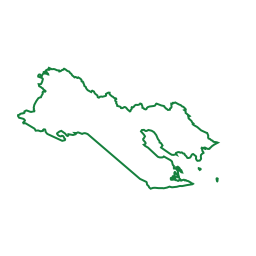 an SVG outline of Leningrad, rotated 207°
{"feature_id": "RUS-2336", "entity_name": "Leningrad", "entity_type": "Region", "adm_level": 1, "iso_a3": "RUS", "parent_name": "Russia", "parent_adm1": "", "projection": "natural_earth1", "projection_center": [31.635, 59.881], "detail": "fine", "context": "isolated", "style": "outline", "palette": "green", "viewbox_px": 256, "rotation_deg": 207, "n_neighbors": 0, "source": "natural_earth", "source_scale": "10m", "svg_char_len": 5848}
<svg xmlns="http://www.w3.org/2000/svg" viewBox="0 0 256 256"><g transform="rotate(207 128 128)"><path d="M49.8,103.7L53.3,100.9L55.6,99.8L57.8,97.8L61.3,95.5L62.3,95.0L64.4,94.6L66.2,92.6L68.8,90.5L70.2,90.0L73.2,88.4L76.8,87.0L78.5,86.0L80.3,84.2L82.2,84.7L83.3,85.6L85.3,86.2L86.7,88.1L87.3,88.3L94.2,88.1L161.3,104.3L163.5,104.0L164.5,103.6L165.5,102.8L166.2,101.9L170.2,101.5L170.8,101.2L171.5,100.2L173.2,99.4L171.8,99.0L171.8,98.7L173.8,96.8L178.3,95.4L177.8,94.2L178.1,93.5L179.1,93.4L181.5,94.5L186.1,95.2L187.5,93.7L188.7,91.3L188.7,90.8L188.4,90.5L187.2,89.9L185.8,89.7L184.4,89.9L183.9,90.2L183.3,91.1L182.1,91.3L181.4,91.0L180.3,90.1L179.0,89.6L178.7,88.9L178.8,88.4L180.8,86.7L196.9,86.1L197.9,86.3L199.8,87.3L200.8,88.7L201.4,89.0L202.5,88.5L202.8,87.7L202.5,87.1L202.5,86.8L204.4,85.4L206.9,85.0L209.1,83.7L210.5,84.7L211.2,85.0L221.5,85.7L223.2,84.7L223.9,85.3L223.2,87.6L223.3,88.0L224.7,88.6L225.8,88.6L229.7,87.7L231.5,88.8L231.8,89.6L230.6,90.7L230.4,91.7L228.7,93.2L228.3,93.2L227.7,94.0L227.4,94.1L227.2,94.7L227.8,95.7L226.8,97.2L226.3,97.6L222.3,98.1L221.2,98.6L220.5,99.3L219.1,100.3L219.3,101.0L220.5,101.9L220.7,102.8L221.2,103.2L221.4,103.9L222.0,106.2L221.9,110.4L221.4,113.9L220.4,115.2L219.5,115.9L219.7,117.7L219.5,119.8L220.3,120.9L220.3,121.7L219.9,122.0L218.3,122.8L218.2,123.4L218.5,123.6L221.0,124.0L221.9,124.6L223.2,124.6L223.9,124.9L226.1,124.9L227.5,126.5L226.1,127.1L225.4,127.9L225.5,130.4L226.1,133.0L226.5,133.3L227.5,133.5L231.3,133.0L231.7,133.6L231.7,134.8L231.4,135.4L230.6,135.7L228.7,134.9L228.3,135.0L228.5,135.9L228.3,138.0L226.9,138.7L228.4,139.3L228.5,139.6L228.1,139.9L227.5,140.0L224.2,139.3L223.4,139.5L223.8,140.0L225.5,140.5L226.3,141.4L227.3,141.7L227.2,142.3L226.3,143.5L224.8,143.9L224.3,144.5L224.4,145.0L225.8,145.3L225.8,145.7L222.5,145.8L221.0,146.8L219.9,147.1L217.5,147.2L215.4,148.0L215.1,147.8L214.9,147.2L214.6,147.3L213.6,148.5L213.3,149.4L212.0,150.7L212.1,151.5L211.9,151.8L210.2,151.8L207.9,151.3L206.0,151.6L204.7,150.8L203.1,150.5L201.5,149.5L199.7,149.2L198.7,148.8L197.8,149.7L195.8,149.6L195.4,150.0L195.3,150.5L192.7,150.3L191.4,149.8L190.5,148.5L189.9,148.5L189.5,148.8L188.5,148.4L188.2,147.7L186.9,146.9L186.1,145.7L184.1,145.3L183.2,144.3L181.1,143.4L177.1,143.3L177.0,144.7L176.8,145.0L174.8,145.0L174.1,144.3L172.7,143.6L170.1,143.1L168.9,141.7L167.7,141.8L167.1,143.2L165.9,144.0L165.0,144.2L162.4,146.5L162.3,147.1L163.1,148.3L162.9,148.7L161.6,150.6L160.4,151.1L159.8,149.8L158.7,149.4L156.7,148.9L155.7,149.0L154.6,148.6L153.0,148.5L152.6,148.6L152.4,148.9L151.9,148.8L151.6,148.4L152.2,147.7L152.1,147.0L151.2,146.1L150.2,146.0L149.8,144.7L148.3,143.9L147.7,142.8L144.9,143.4L143.8,143.2L143.3,142.6L142.7,142.8L141.9,143.3L140.8,145.0L140.1,145.3L138.8,145.2L136.8,144.3L133.9,143.6L133.5,144.0L133.7,145.3L133.4,146.8L133.6,147.3L134.1,147.8L134.1,148.3L132.9,148.7L132.4,149.7L132.3,150.9L131.6,152.1L129.6,153.1L128.4,154.3L128.2,154.8L128.3,155.2L128.0,155.4L126.9,155.5L125.4,154.2L124.6,153.3L124.4,152.6L122.9,152.7L122.2,152.3L120.7,152.6L120.2,153.1L120.2,154.7L119.8,155.6L118.6,156.9L114.9,159.4L114.1,160.3L113.9,162.4L113.6,162.7L108.5,163.2L106.0,163.9L105.5,163.8L104.9,163.2L103.8,163.0L103.3,162.6L102.2,162.6L100.6,162.2L99.0,163.3L99.4,164.5L98.8,165.4L98.7,166.1L98.8,166.6L100.5,169.3L99.3,169.8L99.2,170.2L99.6,170.5L99.5,170.8L98.0,171.5L97.5,172.2L93.4,172.1L91.3,172.3L89.6,171.8L88.3,172.0L85.4,171.1L85.0,170.7L86.0,169.5L84.3,169.2L83.5,167.6L78.4,166.6L78.6,166.3L79.6,166.2L79.8,165.9L79.1,165.3L78.7,164.4L78.1,164.0L74.7,163.1L73.2,162.0L71.7,161.7L72.0,160.8L71.2,160.5L66.7,160.3L61.8,159.1L56.2,159.3L55.2,159.5L53.1,157.7L52.3,155.9L51.5,155.2L50.1,155.4L48.0,154.9L47.0,155.1L45.6,154.5L42.4,155.6L41.3,155.7L43.5,152.6L44.9,150.0L45.7,147.6L46.1,147.0L46.0,146.4L46.5,146.0L47.8,145.5L50.6,145.5L51.1,145.1L48.8,144.6L49.6,144.4L51.5,144.3L52.6,143.7L53.2,143.9L53.3,143.4L52.2,142.6L51.4,141.4L49.8,140.6L49.4,140.1L50.3,138.6L50.7,137.1L50.2,135.7L49.0,133.9L48.9,133.2L49.3,131.5L51.2,130.3L52.1,130.5L53.5,131.5L54.4,133.6L58.0,134.4L58.7,133.9L59.0,133.1L59.1,130.6L59.3,129.8L60.5,128.7L61.1,128.4L61.9,128.4L63.0,129.2L65.3,129.9L65.8,130.5L66.3,130.7L67.4,130.3L69.0,130.7L70.2,129.7L71.1,129.8L72.4,129.3L73.9,127.6L73.8,127.1L72.6,126.3L73.4,126.3L75.2,124.7L76.9,124.0L79.4,124.2L89.7,125.6L89.3,128.1L91.7,129.5L93.3,129.4L94.0,130.6L96.4,131.8L99.6,134.5L103.0,136.1L105.7,136.3L108.9,135.5L110.1,133.8L111.1,133.3L112.9,133.6L114.7,132.5L114.9,130.9L110.8,129.3L109.1,128.3L109.2,126.2L109.5,125.0L108.9,124.2L105.9,123.0L105.3,122.2L105.6,121.1L106.3,120.3L104.6,119.8L101.3,119.6L88.3,115.9L86.7,116.1L85.2,116.7L83.8,117.6L83.2,118.5L83.1,118.9L75.4,118.6L73.6,118.1L71.4,115.5L69.9,115.0L68.9,113.0L68.5,112.8L68.2,113.6L67.2,113.6L64.2,112.4L61.9,109.1L60.4,107.6L60.0,106.9L60.9,106.7L61.7,106.9L62.0,108.1L62.5,108.4L64.2,109.1L65.8,110.1L66.3,110.0L66.4,109.4L66.2,108.8L65.3,107.7L65.3,105.9L65.4,105.3L65.9,105.2L65.0,103.6L65.2,103.2L66.6,103.6L67.1,102.9L66.8,102.0L66.1,101.5L65.3,101.8L63.3,103.2L62.1,103.1L61.0,103.6L59.8,103.5L59.2,103.7L58.8,105.0L57.8,104.9L57.3,105.1L57.7,105.4L57.8,105.9L56.9,105.6L56.4,105.8L54.7,107.3L53.4,107.1L52.9,107.8L51.9,107.6L50.4,108.0L47.2,107.9L46.5,107.5L46.4,106.7L45.2,107.9L44.7,107.8L45.1,107.1L49.8,103.7ZM65.7,114.9L66.6,115.3L66.2,115.5L66.0,116.1L64.3,115.8L62.6,114.8L62.4,113.4L63.0,113.6L63.3,113.4L63.4,113.7L64.0,113.8L65.7,114.9ZM64.7,105.7L63.9,106.4L63.3,106.3L63.0,105.9L63.0,104.8L63.3,104.4L64.0,104.3L64.3,104.5L64.7,105.7ZM26.0,122.8L26.1,123.3L25.9,123.6L25.1,123.6L24.2,121.3L24.3,121.0L24.6,121.1L26.0,122.8ZM61.0,113.0L61.9,113.9L61.8,114.5L61.4,114.6L59.6,113.0L60.3,112.8L61.0,113.0ZM46.5,123.8L46.7,124.3L45.0,124.6L44.6,124.4L44.5,124.1L45.0,123.2L46.5,123.8Z" fill="none" stroke="#15803d" stroke-width="2"/></g></svg>